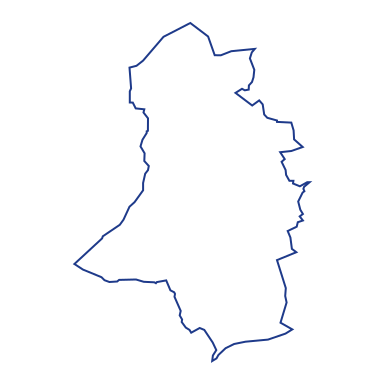 the district of Tallaght South Lea-5, South Dublin, Ireland
{"feature_id": "5873133B83061459918127", "entity_name": "Tallaght South Lea-5", "entity_type": "district", "adm_level": 2, "iso_a3": "IRL", "parent_name": "Ireland", "parent_adm1": "South Dublin", "projection": "natural_earth1", "projection_center": [-6.402, 53.257], "detail": "fine", "context": "isolated", "style": "outline", "palette": "blue", "viewbox_px": 384, "rotation_deg": 0, "n_neighbors": 0, "source": "geoboundaries", "source_scale": "gbopen_adm2", "svg_char_len": 1638}
<svg xmlns="http://www.w3.org/2000/svg" viewBox="0 0 384 384"><path d="M190.3,23.0L163.5,36.8L143.1,60.6L136.5,65.8L129.5,67.6L131.1,88.4L129.8,91.3L129.8,102.5L132.8,102.6L135.7,108.4L144.3,109.3L143.5,112.5L148.0,118.3L147.9,130.8L146.7,131.3L146.7,133.0L142.5,139.7L140.5,146.4L144.6,153.3L144.3,161.0L148.8,166.0L148.0,170.1L145.2,173.7L143.1,183.0L143.1,190.3L134.6,202.1L129.5,206.7L123.5,219.7L119.8,224.8L102.8,236.3L102.1,238.4L74.4,264.0L83.0,269.6L101.5,277.2L104.5,280.2L109.4,282.0L117.2,281.5L119.1,279.9L136.0,279.5L143.8,281.8L154.3,282.3L155.9,283.2L156.8,282.1L166.2,280.4L170.4,290.3L174.2,292.3L175.0,293.9L174.5,296.8L180.7,310.9L179.7,315.4L182.1,319.5L181.7,322.0L185.8,327.6L189.5,329.9L191.2,332.7L199.7,328.0L204.3,329.9L212.7,342.5L216.3,350.1L212.9,355.5L212.2,361.0L216.5,358.4L218.4,355.0L225.6,348.2L234.1,344.0L245.5,341.7L268.0,339.6L285.5,333.6L292.3,329.4L280.5,322.7L286.6,302.5L285.2,296.0L285.8,288.1L277.0,260.1L296.3,252.2L291.9,248.9L290.4,237.5L287.7,231.0L296.7,226.7L297.8,222.2L302.9,220.5L299.7,216.4L302.9,214.0L300.3,209.7L298.2,201.5L302.6,192.6L304.4,191.2L303.4,188.9L304.1,186.8L309.6,182.2L307.2,182.2L299.9,186.3L293.0,183.5L293.4,180.8L289.4,180.8L286.1,174.9L285.6,170.0L281.6,161.8L284.7,159.1L280.2,152.2L291.3,151.0L302.7,147.0L294.1,139.4L293.6,130.4L291.3,122.6L277.0,121.9L277.0,120.5L267.3,117.8L264.2,114.5L262.7,104.4L259.2,100.4L252.2,105.5L235.5,92.9L242.0,88.8L244.8,90.3L248.7,89.6L248.9,85.4L252.0,82.0L253.5,77.3L254.3,69.8L249.9,58.4L251.8,52.4L254.8,48.9L231.3,51.2L220.8,55.3L214.7,55.2L208.1,36.5L190.3,23.0Z" fill="none" stroke="#1e3a8a" stroke-width="2"/></svg>